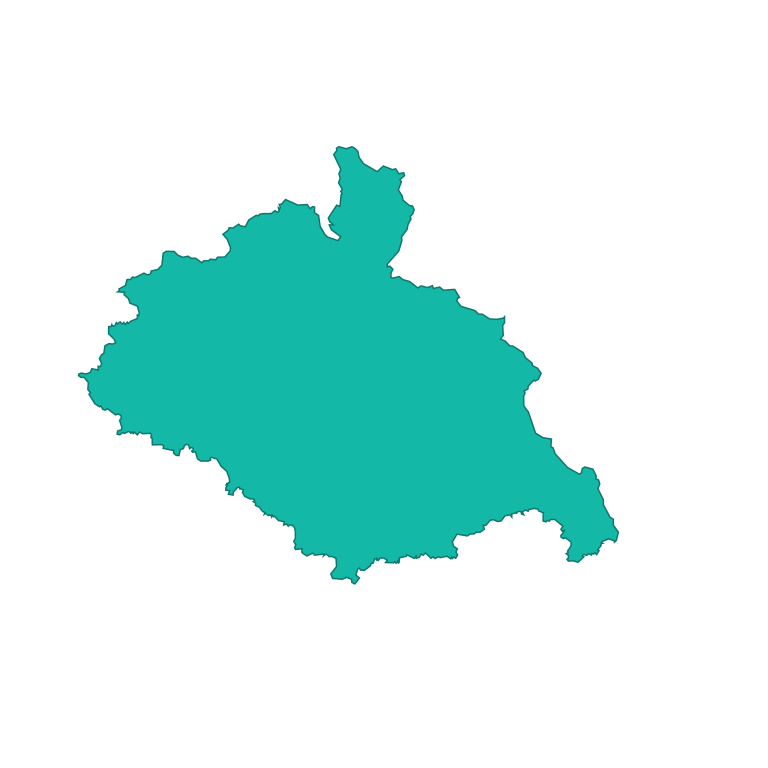 outline of Santa Catarina, Santa Catarina, Cabo Verde, rotated 298°
{"feature_id": "66160863B9089914822408", "entity_name": "Santa Catarina", "entity_type": "district", "adm_level": 2, "iso_a3": "CPV", "parent_name": "Cabo Verde", "parent_adm1": "Santa Catarina", "projection": "mercator", "projection_center": [-23.734, 15.091], "detail": "fine", "context": "isolated", "style": "filled", "palette": "teal", "viewbox_px": 768, "rotation_deg": 298, "n_neighbors": 0, "source": "geoboundaries", "source_scale": "gbopen_adm2", "svg_char_len": 6159}
<svg xmlns="http://www.w3.org/2000/svg" viewBox="0 0 768 768"><g transform="rotate(298 384 384)"><path d="M402.5,136.5L398.9,129.4L395.7,127.7L384.7,132.1L378.9,130.5L374.5,125.4L371.3,126.1L369.2,123.6L369.2,120.0L361.1,114.3L360.3,111.6L357.4,111.3L355.6,108.1L349.6,109.5L343.5,105.4L342.1,106.6L340.4,105.6L343.2,111.9L340.9,112.5L339.4,118.4L336.1,121.7L337.0,129.8L331.6,134.6L329.5,135.2L329.1,133.8L326.0,135.5L320.7,131.0L317.3,129.8L318.1,128.3L315.2,127.7L316.2,125.3L313.9,124.7L315.0,121.8L312.0,120.6L312.6,118.8L309.0,119.1L307.8,116.9L308.7,115.8L306.8,116.1L305.3,114.0L299.0,117.2L297.0,124.4L294.5,127.7L292.0,125.9L290.5,122.2L286.7,119.7L279.6,122.2L277.1,120.8L272.7,120.8L269.6,125.1L266.2,125.3L265.4,123.3L262.2,125.0L260.3,118.8L256.3,119.3L252.8,115.9L251.6,111.7L249.5,109.9L248.0,110.4L247.6,113.4L249.1,116.2L246.4,122.3L240.0,125.2L238.6,128.9L236.5,128.3L230.9,137.9L230.3,143.5L231.7,144.1L229.6,147.7L230.1,150.2L232.4,151.5L230.7,161.3L232.9,163.6L232.6,166.6L230.4,168.1L227.8,167.6L222.4,173.2L220.2,173.6L217.5,170.9L214.4,171.9L215.1,174.5L218.4,176.2L218.5,178.0L222.0,180.5L222.3,183.1L221.2,183.6L222.9,183.7L222.5,185.8L224.3,185.8L223.3,190.1L226.8,190.6L226.9,194.4L230.8,200.9L230.1,202.5L227.3,203.3L227.3,204.8L221.5,208.0L226.3,216.5L225.7,218.6L223.5,219.2L226.5,229.7L224.2,230.7L223.4,233.9L224.6,236.6L230.3,234.9L232.8,237.2L236.1,236.7L238.2,238.2L238.4,240.2L235.7,242.7L237.4,243.4L237.6,245.5L236.5,246.6L234.5,245.7L233.9,247.0L235.6,249.4L230.4,254.4L229.9,258.1L233.3,264.8L235.3,266.6L236.9,265.4L238.4,266.4L239.3,271.8L234.9,278.8L233.1,286.1L228.1,291.7L224.7,293.9L222.5,292.0L221.1,292.0L222.2,292.9L221.3,293.3L218.3,293.1L215.9,294.2L217.4,297.7L213.6,298.4L215.1,302.9L217.7,301.7L223.9,303.2L225.0,304.8L223.2,306.4L224.2,306.1L224.5,309.7L221.8,309.9L219.4,313.7L219.6,319.3L221.3,323.2L220.2,324.6L218.8,323.7L218.5,326.8L216.4,327.5L216.7,331.8L214.4,336.8L214.8,339.2L212.8,339.5L214.2,340.2L213.6,343.6L215.4,346.1L213.9,347.1L215.7,347.4L214.9,348.6L215.8,349.5L213.9,355.0L215.6,360.5L212.4,361.6L214.6,363.8L213.5,366.2L215.6,367.0L216.0,370.0L215.4,372.2L212.1,375.0L206.3,378.1L202.6,378.3L200.5,381.7L197.4,381.9L196.4,383.6L200.0,388.8L196.6,390.7L195.9,396.6L201.3,400.6L200.3,403.0L205.7,411.0L203.9,411.3L206.0,412.2L206.7,414.1L205.8,416.4L207.4,419.4L207.5,423.5L200.6,427.8L191.3,426.2L188.2,430.0L192.1,438.9L195.8,442.0L196.3,447.0L193.7,448.8L193.8,452.1L201.2,453.4L202.1,448.8L208.6,447.7L209.9,448.6L208.7,450.6L210.1,454.1L216.9,457.3L219.7,456.9L220.6,458.5L225.3,457.7L225.9,460.1L224.4,460.9L226.6,459.9L225.7,461.8L228.3,462.2L230.2,465.2L230.0,469.7L227.1,469.2L230.7,476.5L232.3,476.9L231.4,478.8L233.5,479.8L235.4,478.8L232.9,480.8L233.5,481.1L237.9,479.3L242.2,484.5L243.9,484.5L244.2,492.5L247.2,493.2L245.3,494.2L247.3,496.4L251.2,496.7L251.3,499.1L254.3,500.0L252.2,507.4L254.3,508.2L253.9,511.1L257.0,513.1L257.1,515.1L261.5,520.5L261.0,525.0L263.0,525.1L262.2,526.4L264.0,526.9L263.8,529.1L267.5,529.3L269.4,526.4L272.9,526.2L273.4,521.6L276.7,518.5L285.7,518.9L289.0,528.9L292.0,530.5L294.0,534.1L296.2,534.7L298.4,538.6L303.1,540.8L305.8,537.9L307.0,540.3L313.7,541.8L315.6,544.5L315.9,548.9L318.2,551.8L324.5,552.7L327.6,556.6L326.5,559.3L329.2,557.8L332.4,561.1L331.5,562.1L332.9,561.3L334.9,563.0L335.6,565.2L333.8,566.3L334.2,568.8L335.7,566.4L337.5,566.9L339.2,568.6L339.3,571.0L341.1,570.8L344.5,574.8L345.8,578.6L344.6,580.0L345.0,585.1L337.7,588.8L338.3,591.7L340.0,592.2L340.6,594.4L342.5,594.6L344.6,598.4L342.4,608.8L338.8,608.4L337.7,610.5L339.5,611.9L338.6,612.4L333.3,611.3L331.8,612.3L331.7,614.9L333.5,616.4L332.2,623.6L328.4,625.2L322.7,624.5L321.7,625.7L319.7,624.5L319.2,627.4L316.3,628.6L315.2,627.8L314.2,629.9L316.6,633.8L317.7,639.0L325.2,641.6L325.1,639.8L326.9,639.9L328.1,643.6L330.4,644.6L330.3,647.3L332.0,647.2L332.2,648.8L333.9,649.3L333.2,651.9L337.9,652.1L337.8,650.5L343.0,651.5L345.2,650.6L346.0,651.8L346.1,650.6L347.5,650.6L352.8,655.2L353.7,660.9L352.5,661.7L354.8,662.6L363.2,660.5L367.0,652.8L372.3,649.9L372.4,646.2L380.4,634.4L384.8,632.0L392.0,622.0L397.1,621.4L400.0,618.5L399.7,615.6L402.3,614.6L406.9,608.5L405.0,600.3L402.5,598.8L398.1,600.0L396.1,598.8L396.4,585.3L402.7,567.9L406.9,563.4L407.1,560.7L414.0,557.7L411.2,549.4L411.8,540.8L427.1,524.6L430.2,517.8L438.6,513.1L442.2,512.8L443.6,511.0L447.1,513.4L449.9,512.3L457.6,514.4L457.6,516.1L460.6,518.1L467.2,517.7L470.0,512.3L469.9,506.3L471.9,505.1L473.7,496.4L477.0,492.2L478.0,479.9L476.7,477.2L478.8,470.9L478.3,465.7L482.9,466.5L491.4,461.3L494.6,461.7L499.9,458.9L498.2,458.5L494.2,453.5L491.0,446.6L491.8,438.1L490.1,434.7L491.5,430.0L488.7,415.4L491.5,409.2L494.5,408.8L495.8,410.1L500.7,402.0L494.7,392.4L495.7,387.6L491.6,382.9L493.5,380.6L489.6,377.2L488.0,370.6L484.7,368.8L486.5,358.4L485.0,351.7L486.0,347.0L481.5,342.0L481.3,340.1L485.5,338.0L489.5,338.0L490.8,333.8L489.0,331.9L491.3,330.6L508.3,334.6L519.2,332.4L522.0,330.4L531.4,331.8L536.0,330.3L542.2,330.4L544.3,328.5L547.5,329.5L552.0,328.8L554.5,325.7L553.5,322.7L555.2,314.5L558.4,311.9L562.2,305.5L570.7,304.4L572.0,302.1L577.7,304.3L579.8,302.2L576.6,298.3L579.5,293.3L577.2,290.8L576.1,281.1L568.3,278.3L568.9,262.5L572.3,255.7L577.0,251.8L578.4,247.8L578.4,244.3L574.0,240.2L572.3,232.8L569.9,231.4L567.9,232.7L563.0,231.9L553.4,244.9L548.5,245.5L545.0,248.8L540.3,249.4L536.2,255.9L533.9,255.3L532.2,257.8L530.9,257.3L520.3,261.7L519.7,258.3L504.4,256.9L501.8,259.9L500.7,264.5L498.8,261.0L495.5,265.1L493.7,276.6L489.0,276.1L487.2,265.2L488.3,261.6L493.2,253.6L502.1,247.1L502.7,242.1L507.6,239.7L507.0,237.6L504.1,236.4L506.4,231.9L501.5,224.0L500.6,210.4L494.9,209.2L493.4,207.2L491.4,209.5L489.5,209.6L490.0,208.2L487.5,210.2L485.5,209.2L485.8,206.3L481.6,204.5L477.6,197.2L475.5,194.5L473.4,194.0L472.9,192.0L465.4,187.6L457.7,187.7L456.2,182.7L456.9,180.7L450.8,177.4L449.2,173.9L446.8,174.3L440.6,171.5L438.1,177.7L432.5,184.3L429.4,185.7L421.4,183.9L417.8,177.5L414.7,177.1L412.7,172.1L410.4,171.2L408.1,166.9L405.5,166.3L406.6,158.8L404.5,154.8L404.8,150.9L401.5,147.1L400.9,141.7L402.5,136.5Z" fill="#14b8a6" stroke="#0f766e" stroke-width="1.5"/></g></svg>